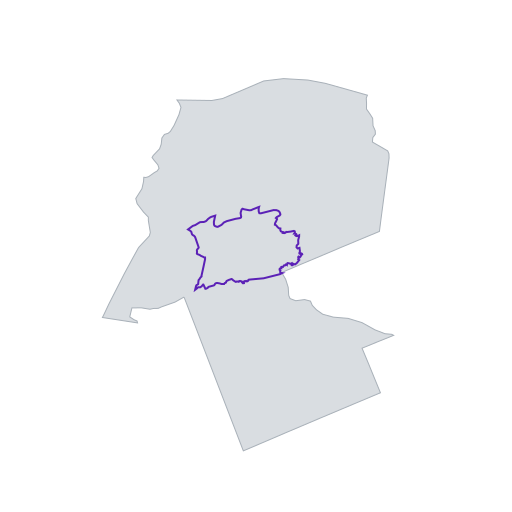 Alta Verapaz highlighted on a map of Guatemala, rotated 157°
{"feature_id": "GTM-1948", "entity_name": "Alta Verapaz", "entity_type": "Department", "adm_level": 1, "iso_a3": "GTM", "parent_name": "Guatemala", "parent_adm1": "", "projection": "albers", "projection_center": [-90.124, 15.617], "detail": "fine", "context": "in_parent", "style": "outline", "palette": "violet", "viewbox_px": 512, "rotation_deg": 157, "n_neighbors": 0, "source": "natural_earth", "source_scale": "10m", "svg_char_len": 5644}
<svg xmlns="http://www.w3.org/2000/svg" viewBox="0 0 512 512"><g transform="rotate(157 256 256)"><path d="M90.6,360.5L92.8,358.3L94.6,353.3L96.9,348.1L95.6,342.1L94.8,337.2L97.4,330.1L97.3,324.8L98.5,321.5L102.2,319.4L104.3,315.4L93.7,301.3L93.7,298.1L95.2,294.2L104.0,279.3L114.4,261.7L125.9,242.2L132.8,230.4L157.7,230.6L174.2,230.7L195.1,230.7L217.8,230.8L232.7,230.8L238.8,230.7L237.8,223.0L238.6,214.6L241.3,206.9L241.3,203.5L236.9,199.3L228.3,196.9L223.5,193.2L223.5,188.6L221.4,182.9L217.3,176.3L208.7,169.5L195.6,162.6L184.5,153.3L175.4,141.6L167.7,134.1L161.7,130.9L160.3,129.2L177.8,129.5L194.4,129.7L194.5,113.0L194.7,98.2L194.9,81.5L224.8,81.6L260.5,81.7L297.6,81.7L326.7,81.6L343.8,81.6L343.1,102.3L342.3,126.4L341.7,144.0L340.9,167.6L340.1,191.7L339.0,224.6L338.3,245.8L338.7,246.3L348.5,245.2L363.0,246.1L366.5,246.0L371.0,247.8L374.4,248.4L381.8,253.1L390.5,256.7L396.0,249.3L393.1,244.9L390.9,242.7L391.2,240.7L421.4,259.4L417.9,262.4L410.3,269.2L396.5,280.8L384.1,291.2L372.2,300.7L361.4,309.2L360.1,310.0L346.4,316.1L344.1,318.9L341.2,330.8L339.9,333.8L342.4,340.4L345.0,350.6L344.2,355.9L334.7,362.5L330.4,368.5L328.5,372.3L326.7,371.3L323.8,371.0L317.0,372.5L313.7,372.9L311.0,374.6L310.7,378.3L312.5,384.2L313.2,387.3L311.3,388.7L302.9,392.3L299.6,395.9L296.5,401.4L292.8,403.7L288.9,403.3L286.2,404.1L280.4,408.2L271.7,416.2L267.0,422.1L266.9,426.5L267.8,430.5L235.9,416.4L225.3,414.0L180.5,414.1L161.3,408.5L139.5,397.7L124.8,387.9L90.6,360.5Z" fill="#d9dde1" stroke="#a8b0b8" stroke-width="1"/><path d="M238.7,230.1L238.8,230.1L241.0,229.9L257.7,232.5L271.7,237.0L272.3,237.0L272.4,236.9L272.5,236.8L272.5,236.6L272.7,236.4L273.1,236.2L274.0,236.1L274.4,236.2L274.6,236.4L274.6,236.7L274.9,237.0L275.2,237.0L275.6,236.9L275.9,236.9L276.0,237.0L276.3,237.3L276.5,237.4L277.0,237.2L277.6,237.1L277.8,237.0L277.8,236.9L277.8,236.7L277.6,236.0L277.7,235.7L277.8,235.7L278.0,235.8L278.6,236.0L278.8,236.1L278.9,236.3L278.9,236.5L278.8,236.9L278.7,236.9L278.9,237.2L279.1,237.3L279.3,237.6L279.1,238.2L280.5,239.3L281.4,239.5L281.6,239.4L282.0,239.0L283.4,240.0L284.2,240.1L284.6,240.0L284.8,240.1L285.1,240.5L285.4,241.0L286.4,242.4L286.7,243.0L286.8,243.4L287.2,244.1L287.5,244.4L287.7,244.5L288.0,244.4L288.3,244.4L288.6,244.4L289.9,244.6L292.7,244.5L293.1,244.3L293.3,244.2L293.5,244.0L293.8,243.6L293.9,243.4L294.1,243.3L294.3,243.2L294.6,243.2L295.3,243.3L295.5,243.2L296.0,243.0L296.3,242.7L296.5,242.8L298.7,243.7L298.9,243.9L300.2,245.0L301.9,246.1L302.4,246.4L302.8,246.5L303.9,246.6L304.3,246.5L304.5,246.4L305.7,245.5L306.3,245.4L311.4,246.1L311.7,246.1L311.9,246.1L312.1,246.0L312.3,245.9L312.5,245.7L312.8,245.6L313.3,245.5L314.5,245.4L315.0,245.5L315.4,245.6L315.4,245.8L315.6,250.3L315.8,250.4L318.0,249.3L319.7,249.0L321.1,249.7L321.8,249.8L322.8,249.3L325.2,248.7L323.0,251.7L322.2,252.4L320.6,252.6L320.3,252.7L320.1,252.9L319.7,253.7L319.6,253.9L318.6,255.7L318.3,256.2L318.0,256.4L317.1,256.8L315.7,257.8L315.3,258.0L314.5,258.3L314.2,258.4L314.0,258.6L313.9,259.1L308.7,266.4L304.1,273.0L303.5,274.5L304.1,274.7L304.2,274.9L304.4,275.1L304.5,275.2L304.8,275.7L306.7,277.7L307.3,278.7L308.0,279.5L309.1,280.5L309.4,280.9L309.5,281.3L308.9,282.4L308.8,282.6L308.6,283.0L308.4,283.9L308.2,284.3L308.1,284.5L307.9,284.7L307.8,284.8L307.6,285.0L306.0,285.7L305.6,286.1L305.4,286.3L304.7,296.3L304.7,297.6L304.8,297.9L305.1,298.7L305.3,299.1L305.9,299.8L306.3,300.6L306.4,301.0L306.4,301.4L306.2,302.8L306.1,303.3L306.2,303.7L306.3,304.1L306.7,304.9L308.2,307.0L302.5,308.4L299.8,308.2L294.6,309.0L293.6,308.8L290.7,307.7L288.8,307.6L287.9,307.8L285.7,308.8L283.3,309.4L281.9,309.5L277.8,309.1L281.5,303.8L282.4,301.3L282.4,300.5L282.3,300.0L282.1,299.7L281.7,299.2L280.7,298.3L280.1,297.9L279.8,297.9L279.6,297.8L275.8,298.1L275.1,298.3L272.4,299.4L269.2,299.5L260.2,298.2L256.2,297.2L255.1,297.2L254.7,297.4L254.6,297.6L254.2,298.2L254.2,298.3L254.1,298.9L253.4,301.5L252.9,302.3L252.5,302.7L251.5,303.9L251.2,304.3L250.3,304.7L250.0,304.8L249.8,304.7L248.9,303.8L244.3,300.7L242.6,300.1L240.6,300.2L237.8,300.1L235.9,300.1L234.0,300.0L234.6,299.3L235.4,297.8L236.1,295.9L236.2,294.1L234.9,293.4L221.9,291.4L219.4,290.3L217.7,288.7L217.2,287.5L217.1,285.9L217.4,284.6L218.5,284.0L221.8,283.7L222.8,283.2L222.2,282.3L222.2,281.7L224.5,279.6L224.9,279.4L225.8,278.5L226.4,277.4L225.9,277.0L225.4,276.2L224.9,274.4L224.1,272.6L222.8,271.8L223.5,270.4L223.5,269.1L222.6,268.0L221.1,267.0L221.0,266.6L221.4,266.5L221.7,266.4L221.0,266.0L220.3,265.9L219.5,266.0L218.8,266.4L217.9,265.9L214.4,264.9L211.3,264.3L210.7,263.5L211.0,262.5L212.1,261.7L211.6,261.5L210.4,260.5L210.4,260.0L210.8,259.9L211.2,259.5L211.6,259.4L211.1,258.6L210.3,258.2L209.3,258.1L208.2,258.2L208.8,256.9L211.0,254.1L212.1,251.1L212.4,250.6L214.4,249.8L215.3,248.2L214.8,246.7L212.8,246.5L213.6,243.6L214.2,242.4L215.0,241.8L215.0,241.2L214.6,241.1L214.6,240.9L214.4,240.6L213.8,241.2L213.1,240.4L212.8,240.1L212.8,239.5L213.9,239.2L215.2,238.1L216.1,237.7L216.3,238.0L216.6,238.5L217.0,238.9L217.5,238.6L217.8,237.9L217.7,237.4L217.7,237.0L218.4,236.5L217.8,235.4L221.3,233.5L223.4,233.0L224.6,234.2L225.1,234.2L225.4,233.5L225.8,233.2L226.3,233.3L226.8,233.6L226.8,234.2L226.5,234.4L226.1,234.6L225.7,234.8L225.7,235.4L227.0,235.3L227.9,235.8L228.6,236.5L229.7,237.1L229.9,236.8L230.5,236.4L230.8,236.0L230.9,236.5L231.0,236.5L231.1,236.3L231.3,236.0L231.9,236.6L232.2,236.5L232.5,236.0L233.1,236.0L233.9,236.4L235.5,235.4L236.5,236.0L237.0,236.0L237.1,235.6L237.4,235.2L237.5,234.8L238.5,235.2L239.4,234.8L239.7,234.0L239.2,233.1L239.9,232.1L240.1,231.3L239.7,230.7L238.7,230.1Z" fill="none" stroke="#5b21b6" stroke-width="2"/></g></svg>